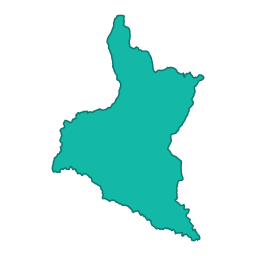 the district of San Francisco, Putumayo, Colombia
{"feature_id": "7082276B24911475844532", "entity_name": "San Francisco", "entity_type": "district", "adm_level": 2, "iso_a3": "COL", "parent_name": "Colombia", "parent_adm1": "Putumayo", "projection": "equal_earth", "projection_center": [-76.835, 1.148], "detail": "fine", "context": "isolated", "style": "filled", "palette": "teal", "viewbox_px": 256, "rotation_deg": 0, "n_neighbors": 0, "source": "geoboundaries", "source_scale": "gbopen_adm2", "svg_char_len": 5844}
<svg xmlns="http://www.w3.org/2000/svg" viewBox="0 0 256 256"><path d="M65.2,120.4L63.6,123.2L63.6,123.9L64.6,126.2L64.3,127.6L61.8,128.6L60.9,129.2L60.2,130.4L60.2,131.1L60.9,131.6L61.2,133.8L61.6,134.2L61.9,135.8L61.5,136.2L61.0,137.8L60.5,138.5L60.4,139.5L59.9,140.4L60.7,142.2L61.6,142.8L62.0,143.3L62.2,143.9L61.6,146.1L60.4,147.1L60.4,147.7L60.8,148.2L60.9,149.6L61.4,150.1L60.8,150.8L60.8,151.8L60.6,152.1L60.0,152.0L59.6,153.2L58.8,153.8L57.7,154.1L56.8,156.3L54.4,158.2L54.2,158.8L54.4,159.6L53.3,162.2L53.4,164.1L52.8,165.1L52.3,168.5L52.8,170.8L54.0,172.1L55.1,171.3L57.3,172.4L58.4,172.0L59.7,172.4L60.0,172.2L60.2,169.8L61.4,168.7L62.5,169.3L63.4,169.3L65.4,167.9L66.8,169.3L69.2,169.3L70.2,166.8L70.9,166.7L72.1,168.0L72.8,169.5L75.4,169.0L75.8,170.8L76.8,171.2L77.4,173.3L78.0,173.7L80.3,173.3L81.7,175.1L82.4,175.4L83.0,174.7L84.9,173.6L86.4,174.0L87.4,175.0L88.2,175.4L89.4,177.1L90.5,177.7L91.2,177.6L91.7,179.3L91.9,181.0L92.3,181.6L95.7,183.8L96.9,184.1L98.1,185.2L99.1,185.5L100.7,186.6L100.9,188.8L102.5,190.6L102.4,193.1L103.2,195.0L103.0,196.0L102.4,197.0L102.5,198.0L102.8,198.6L104.9,198.6L106.6,199.2L109.8,201.3L111.8,200.1L114.6,200.3L116.3,202.2L117.5,202.1L118.7,203.4L119.7,203.8L120.9,203.7L121.3,204.4L122.3,205.2L125.7,205.3L127.4,205.9L129.0,206.8L129.2,207.6L130.0,207.8L130.8,209.0L131.9,209.5L132.4,211.6L133.3,212.4L136.0,211.0L137.3,211.2L137.9,210.9L138.4,211.0L140.3,214.8L141.1,215.2L141.9,214.4L142.5,214.3L143.7,216.3L144.5,216.3L145.0,216.8L147.2,220.0L147.9,220.2L149.0,219.4L149.8,220.4L150.7,220.5L150.9,220.8L151.1,223.1L152.0,225.1L154.8,227.1L155.9,228.5L157.2,228.8L157.9,228.2L158.6,228.2L160.1,229.4L161.6,228.9L163.0,229.4L165.7,227.7L167.0,228.7L167.9,228.1L169.2,229.2L170.1,228.9L171.4,230.4L172.4,230.2L173.0,229.5L173.4,229.4L174.1,230.2L175.2,232.3L175.5,233.6L178.0,232.8L179.6,233.1L182.1,232.7L182.4,233.1L181.8,235.4L183.0,236.1L184.2,234.6L184.9,234.7L186.5,234.2L187.5,235.2L188.5,236.7L191.0,237.5L191.5,238.7L191.6,240.0L193.2,240.6L194.6,240.6L196.4,239.0L196.8,239.1L197.5,240.0L198.0,239.6L199.3,239.3L199.7,238.7L199.7,237.5L199.1,235.7L196.9,233.7L196.6,232.4L195.4,231.1L195.5,230.1L195.2,229.4L194.7,229.4L193.1,230.3L193.0,229.4L192.2,228.0L193.1,226.3L193.1,225.7L192.1,225.0L191.4,223.7L189.6,222.1L190.1,219.7L189.9,219.2L188.9,219.0L188.5,218.2L187.1,217.5L186.3,216.6L186.3,214.9L186.8,213.7L187.7,213.3L188.2,212.6L189.1,210.2L189.0,209.4L188.6,209.2L186.7,209.2L184.5,209.5L184.0,208.5L184.3,205.7L184.1,205.0L183.5,204.7L182.3,205.5L181.1,205.4L179.6,204.6L178.6,203.1L175.1,200.6L175.0,199.9L176.9,198.9L177.2,198.0L177.3,197.1L176.8,196.2L177.0,194.1L176.6,193.0L177.0,190.1L176.6,188.0L176.7,187.1L177.4,186.4L177.1,185.8L177.1,184.9L177.7,183.5L177.7,182.3L178.9,180.6L182.0,180.3L182.9,179.2L182.9,178.0L181.7,174.7L181.1,171.4L181.1,164.7L181.5,162.0L180.8,160.6L178.9,159.4L176.8,157.7L176.1,156.8L173.0,155.5L171.6,154.4L170.8,153.2L170.1,151.5L168.6,150.0L167.8,148.9L168.2,147.3L171.1,141.3L171.3,139.8L170.7,137.8L170.7,136.5L170.7,135.9L171.3,134.4L173.8,133.8L174.5,133.4L175.8,133.2L176.4,132.6L176.8,131.4L177.5,131.2L178.7,130.0L178.6,129.5L179.2,127.6L180.1,126.8L180.4,126.3L181.8,125.3L182.6,123.4L183.7,122.1L184.8,120.1L186.2,116.7L186.9,116.0L187.4,115.1L187.9,114.0L187.9,112.7L189.0,111.1L189.2,108.2L191.0,106.6L193.1,104.1L193.2,101.9L192.0,100.2L191.9,99.1L192.6,97.6L193.7,96.0L194.0,94.9L193.9,94.3L195.0,92.3L195.0,91.0L194.5,89.1L194.5,86.6L194.8,86.3L195.8,86.0L197.2,84.0L198.1,82.1L198.9,81.1L200.0,80.4L201.5,80.3L202.4,79.0L203.1,79.0L203.7,78.3L203.5,76.5L202.3,76.0L201.4,75.0L198.9,75.0L198.1,76.5L196.6,77.8L196.4,77.9L195.5,77.2L194.4,77.7L193.5,77.6L192.6,76.7L192.2,75.7L190.7,74.3L190.5,73.1L190.0,72.3L189.5,72.7L189.3,73.2L187.7,73.7L186.7,73.5L185.1,75.4L184.7,76.5L184.4,76.9L183.6,76.1L183.5,75.3L183.9,74.4L183.7,73.5L183.4,73.2L181.7,74.2L180.5,74.0L179.7,73.3L178.8,73.3L177.7,72.3L176.9,71.9L176.8,70.8L176.5,70.2L175.0,68.8L173.1,67.9L170.8,67.4L169.8,67.5L169.1,68.0L167.6,67.5L166.7,68.5L163.8,70.0L161.2,70.5L158.7,70.2L157.1,71.1L155.7,72.5L155.3,72.4L153.6,70.7L153.0,68.3L152.4,63.0L151.0,57.3L148.9,53.6L148.6,52.5L147.2,51.4L146.6,51.2L145.7,51.1L142.9,51.4L141.0,50.2L138.6,49.7L138.3,48.1L136.6,47.0L136.0,47.2L134.2,48.8L133.0,48.5L129.8,46.6L129.5,45.7L129.7,44.8L129.2,43.3L129.3,40.6L129.8,39.0L130.1,35.6L129.9,34.0L129.9,32.3L129.6,30.4L129.2,28.8L127.5,27.1L126.1,27.3L124.5,25.6L124.0,25.5L123.5,24.9L124.0,23.1L124.1,21.1L124.1,20.1L123.6,18.8L124.2,17.0L124.1,16.1L123.6,15.7L121.5,15.4L119.3,15.4L118.3,15.9L117.3,15.7L116.1,18.1L115.3,18.3L114.9,18.9L114.4,20.3L114.5,20.9L113.6,22.8L113.8,24.9L113.7,25.9L111.1,32.8L108.7,36.5L107.6,38.9L107.0,42.0L108.8,45.4L108.6,47.4L108.7,48.5L109.6,49.9L110.3,52.2L110.7,53.0L110.8,53.8L111.7,55.3L111.6,55.9L112.1,58.8L112.9,62.1L112.7,63.7L113.3,64.9L112.7,65.8L112.8,67.0L114.0,69.3L114.3,71.2L115.0,71.9L115.2,73.1L116.9,75.1L117.1,76.8L116.8,78.7L117.0,79.4L117.6,80.1L119.0,80.5L119.8,82.2L120.4,82.7L120.8,83.8L120.6,84.6L120.9,85.5L120.6,86.0L120.6,86.9L120.1,87.5L120.0,88.8L119.3,89.9L119.0,92.2L119.3,93.2L118.3,96.5L115.8,99.7L115.6,100.9L114.9,102.1L113.8,103.7L112.3,104.1L111.7,105.8L110.3,107.8L108.9,107.5L108.0,107.8L107.7,108.4L106.8,108.7L105.5,109.6L103.7,110.2L101.3,109.8L100.7,109.3L100.1,109.3L99.3,108.9L98.9,109.8L98.6,109.9L97.6,109.8L94.5,111.1L94.0,111.6L93.3,111.5L92.4,112.4L89.8,111.8L89.2,112.4L87.9,112.5L87.5,112.9L87.2,112.2L87.5,111.4L87.0,111.3L86.2,111.5L83.8,111.4L83.2,112.1L82.1,112.1L80.1,112.8L79.6,113.6L78.8,112.9L78.1,112.8L77.4,113.2L77.0,114.5L76.3,114.6L75.9,115.3L76.2,116.1L76.1,117.9L75.4,118.6L74.9,118.4L74.6,119.0L72.8,119.3L72.3,120.4L72.0,121.8L71.2,122.5L70.9,122.6L69.7,122.1L69.2,122.4L68.9,121.8L66.7,120.7L65.2,120.4Z" fill="#14b8a6" stroke="#0f766e" stroke-width="1.5"/></svg>